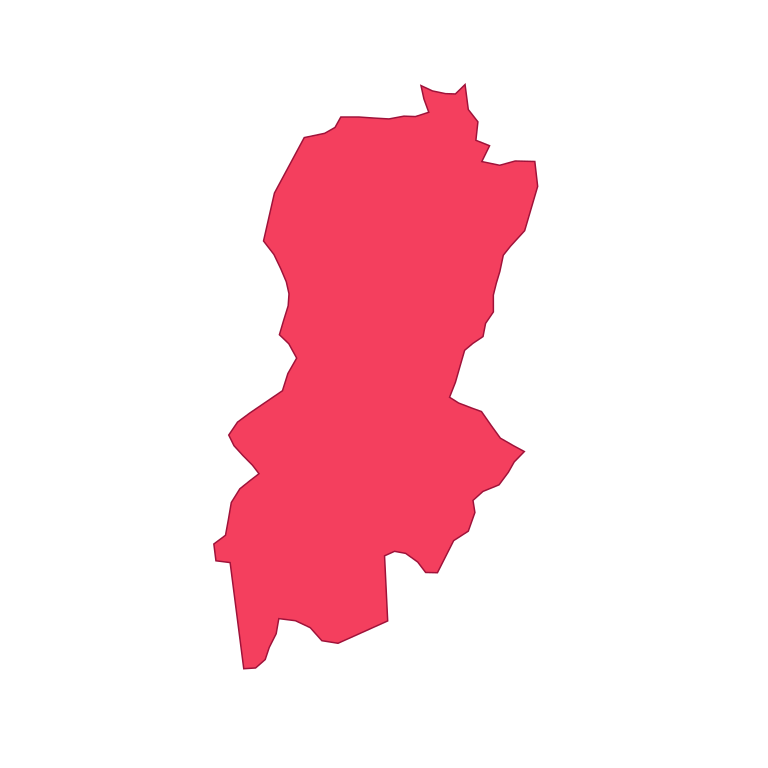 Bom Princípio, Rio Grande do Sul, Brazil (Mercator projection), rotated 14°
{"feature_id": "56859067B75170256943646", "entity_name": "Bom Princípio", "entity_type": "district", "adm_level": 2, "iso_a3": "BRA", "parent_name": "Brazil", "parent_adm1": "Rio Grande do Sul", "projection": "mercator", "projection_center": [-51.361, -29.474], "detail": "fine", "context": "isolated", "style": "filled", "palette": "rose", "viewbox_px": 768, "rotation_deg": 14, "n_neighbors": 0, "source": "geoboundaries", "source_scale": "gbopen_adm2", "svg_char_len": 1363}
<svg xmlns="http://www.w3.org/2000/svg" viewBox="0 0 768 768"><g transform="rotate(14 384 384)"><path d="M476.5,131.6L457.3,135.9L443.3,143.8L425.1,144.5L428.8,127.3L414.2,125.3L411.7,106.9L399.4,97.3L390.2,73.8L383.1,85.3L373.4,87.4L360.1,87.9L347.7,85.5L353.8,97.8L361.7,109.5L349.8,116.9L338.5,119.3L324.7,125.6L309.3,128.5L294.6,131.1L277.5,135.4L274.4,146.9L265.8,155.1L247.0,164.2L231.5,225.2L232.5,274.4L245.9,285.0L256.0,297.2L264.5,308.5L270.0,319.5L272.1,331.3L271.2,347.1L270.6,361.5L281.9,368.0L293.0,380.0L288.2,397.1L287.1,415.1L260.8,444.6L251.1,456.4L245.7,471.1L253.4,480.2L264.5,487.6L276.0,494.6L284.4,501.3L277.5,510.0L269.5,520.5L264.5,535.9L265.8,553.2L266.8,569.1L257.6,580.4L263.7,596.2L277.9,594.5L316.8,694.2L328.1,690.6L335.4,680.1L336.4,667.3L339.8,652.4L338.7,637.1L355.3,635.1L371.4,638.3L385.8,648.1L402.1,646.7L444.9,613.0L426.1,550.6L434.7,543.8L446.0,543.1L459.8,548.6L470.0,556.8L481.5,554.2L489.5,519.1L501.4,506.4L503.3,486.7L498.5,475.4L506.0,464.3L520.0,454.0L526.0,439.6L529.2,428.1L536.5,415.6L524.4,412.5L510.0,408.4L498.0,398.3L485.3,387.2L474.0,386.0L461.0,384.4L450.8,381.0L452.9,365.1L453.5,347.4L454.1,331.8L460.4,323.1L468.6,314.0L467.9,300.6L472.7,287.6L468.6,271.3L468.6,259.0L469.2,246.8L468.6,230.2L473.4,219.7L483.4,201.2L485.3,155.1L476.5,131.6Z" fill="#f43f5e" stroke="#9f1239" stroke-width="1.5"/></g></svg>